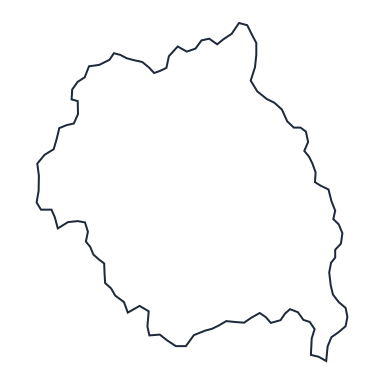 the district of Simão Pereira, Minas Gerais, Brazil
{"feature_id": "56859067B55911598302165", "entity_name": "Simão Pereira", "entity_type": "district", "adm_level": 2, "iso_a3": "BRA", "parent_name": "Brazil", "parent_adm1": "Minas Gerais", "projection": "equal_earth", "projection_center": [-43.289, -21.963], "detail": "fine", "context": "isolated", "style": "outline", "palette": "slate", "viewbox_px": 384, "rotation_deg": 0, "n_neighbors": 0, "source": "geoboundaries", "source_scale": "gbopen_adm2", "svg_char_len": 1611}
<svg xmlns="http://www.w3.org/2000/svg" viewBox="0 0 384 384"><path d="M127.8,312.6L139.6,305.9L148.7,311.3L147.4,326.5L149.4,335.4L159.8,334.6L167.3,340.5L175.8,346.1L185.9,346.1L193.9,335.1L205.5,330.5L212.0,328.8L218.2,325.8L226.3,321.1L235.2,322.0L244.0,322.7L251.5,317.6L259.7,313.0L266.0,317.3L270.8,322.9L280.5,320.2L285.1,313.5L290.0,309.2L297.9,312.2L303.4,319.9L309.7,321.9L314.6,329.1L311.7,338.5L310.9,354.9L318.5,356.7L326.2,361.0L327.6,346.5L331.4,337.2L338.7,332.1L345.6,326.2L347.4,316.8L345.6,307.9L338.7,302.1L332.9,294.5L330.7,285.1L329.2,272.4L331.1,262.7L335.2,257.6L335.2,249.7L340.9,243.7L342.4,233.2L338.7,224.3L333.3,219.1L335.2,210.7L331.4,201.0L328.5,189.5L320.7,185.7L315.0,182.2L315.6,172.5L312.5,163.7L309.1,156.8L304.3,150.9L308.1,142.0L305.9,131.6L300.5,127.6L293.8,127.6L287.2,121.3L281.9,109.5L274.3,102.7L266.6,98.9L257.2,91.3L250.7,80.6L255.0,67.2L256.3,54.9L256.3,43.0L251.9,34.6L247.2,25.2L239.0,23.0L231.7,33.8L223.5,39.2L217.2,44.3L209.2,38.7L201.5,40.4L195.5,48.6L186.8,51.6L177.7,46.5L168.9,56.2L166.4,67.9L159.8,71.0L154.1,73.0L149.1,67.6L142.3,62.0L134.5,60.3L126.8,58.3L120.3,54.9L113.9,53.2L109.5,59.8L99.2,64.9L89.0,66.3L84.7,77.3L77.6,81.9L72.2,89.5L71.6,99.4L77.7,101.1L78.0,114.1L73.8,123.5L66.7,125.1L59.3,128.1L56.6,139.2L53.7,149.2L44.6,154.8L37.3,163.6L38.9,175.9L38.6,191.1L36.6,202.5L41.0,209.7L51.5,209.7L54.9,217.5L57.8,228.4L68.0,222.1L77.7,221.1L85.0,222.4L87.9,231.7L85.9,241.6L90.3,247.0L93.4,254.6L99.2,259.7L104.2,263.5L104.5,272.4L105.1,283.0L111.1,288.4L115.3,295.7L124.0,302.1L127.8,312.6Z" fill="none" stroke="#1e293b" stroke-width="2"/></svg>